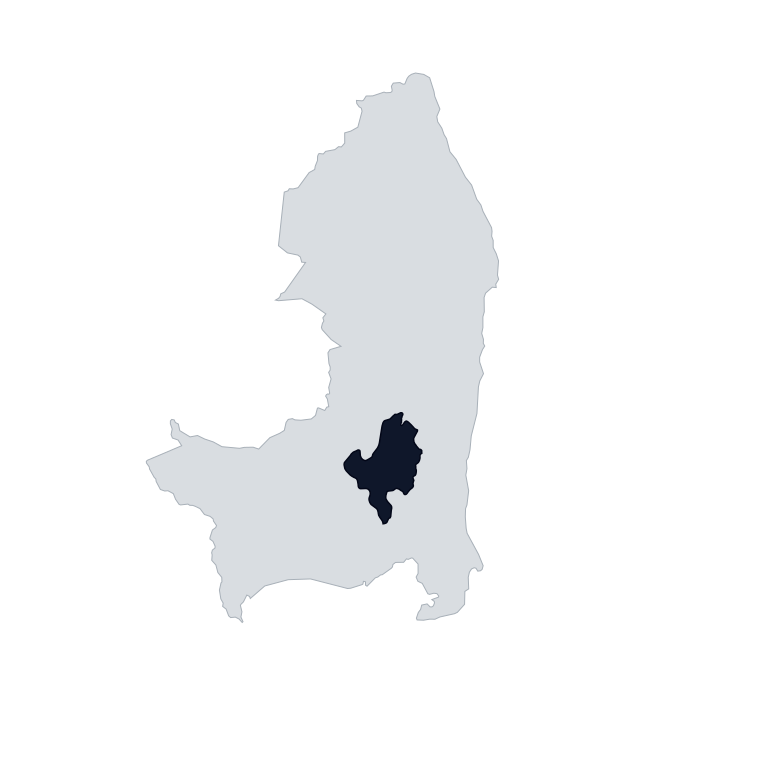 location of San Martín within Peru, rotated 214°
{"feature_id": "PER-582", "entity_name": "San Martín", "entity_type": "Department", "adm_level": 1, "iso_a3": "PER", "parent_name": "Peru", "parent_adm1": "", "projection": "orthographic", "projection_center": [-76.762, -7.06], "detail": "fine", "context": "in_parent", "style": "filled", "palette": "ink", "viewbox_px": 768, "rotation_deg": 214, "n_neighbors": 0, "source": "natural_earth", "source_scale": "10m", "svg_char_len": 7253}
<svg xmlns="http://www.w3.org/2000/svg" viewBox="0 0 768 768"><g transform="rotate(214 384 384)"><path d="M540.4,233.9L540.2,235.9L537.8,236.9L535.5,235.4L532.1,235.8L527.2,231.1L515.2,231.7L509.8,237.0L501.9,238.1L493.2,240.5L483.3,241.4L467.8,249.9L464.3,253.4L457.2,258.4L451.5,260.0L448.6,275.7L442.9,284.8L440.7,289.8L443.7,297.4L443.6,301.1L440.5,304.1L437.9,304.4L432.6,307.5L424.7,314.4L423.2,319.7L425.7,326.8L424.9,327.6L418.3,328.9L418.5,332.8L417.1,334.3L422.6,339.9L425.6,341.3L425.8,342.7L425.3,344.1L424.0,344.7L423.9,346.0L427.9,350.2L430.7,358.6L436.4,362.7L436.4,365.4L438.1,368.0L441.0,370.1L447.9,378.5L448.0,382.4L440.7,391.2L452.6,391.3L465.6,394.5L467.5,395.9L469.0,400.0L469.1,402.6L471.7,404.7L471.4,409.6L488.6,409.9L499.7,408.8L518.0,394.1L520.9,392.9L519.3,396.1L519.1,398.5L520.0,401.0L517.8,404.7L517.0,440.9L520.3,439.0L524.4,442.5L527.5,442.7L537.4,438.7L548.8,439.6L574.0,487.3L571.6,490.5L571.7,492.9L568.4,494.9L565.0,498.7L564.3,517.4L561.4,523.1L562.8,526.1L564.1,532.0L566.4,535.7L566.9,538.0L566.6,538.8L562.9,540.8L562.5,544.2L555.8,550.8L554.4,555.3L551.9,556.7L551.3,561.8L557.0,570.2L553.0,575.0L549.3,582.3L554.7,597.8L557.0,600.0L559.6,599.9L563.4,601.3L565.4,603.7L560.5,606.5L559.7,607.7L559.8,612.8L554.5,616.5L547.2,626.0L545.3,626.5L541.6,629.3L541.0,630.8L541.5,632.1L544.4,635.0L544.6,638.6L539.4,642.8L535.8,643.2L534.5,644.4L535.7,650.3L535.6,653.0L534.4,656.1L531.8,659.4L524.2,662.9L517.4,663.4L506.2,654.5L502.7,650.8L491.4,643.2L489.8,635.3L486.1,631.4L479.1,628.4L473.6,624.3L469.4,622.4L459.2,613.4L449.7,610.5L432.2,601.0L422.6,597.9L410.4,589.0L403.8,586.6L398.5,582.5L382.3,573.8L379.8,571.0L377.4,566.7L373.8,564.1L369.8,558.2L363.7,554.7L357.9,550.1L350.8,537.7L347.5,534.9L347.2,529.3L344.9,526.7L348.4,524.8L350.6,516.1L349.4,511.7L341.2,499.9L339.6,495.0L333.5,486.0L331.3,480.6L326.5,476.6L324.4,473.2L321.7,471.8L321.6,467.6L319.7,459.7L317.0,455.7L307.3,448.2L306.3,440.1L304.1,434.4L290.5,411.6L282.6,389.7L275.9,377.5L273.1,370.4L272.9,366.6L267.9,360.2L265.2,354.2L254.1,342.8L247.6,330.1L246.7,326.3L242.3,319.3L235.2,310.3L231.6,306.7L210.3,295.6L200.2,288.8L199.0,285.3L199.5,283.2L201.6,281.3L204.7,282.7L206.5,282.1L208.0,279.6L208.0,275.8L206.1,270.9L199.2,261.5L201.0,257.3L194.0,246.4L195.5,235.7L197.1,233.0L207.4,222.1L210.2,217.5L214.6,214.6L219.1,210.3L224.6,206.9L226.2,208.0L227.8,213.8L227.6,217.6L229.1,221.8L225.3,225.8L221.2,225.0L219.6,226.0L219.0,227.8L219.7,230.7L220.8,231.9L223.8,232.0L219.7,237.7L220.0,238.8L222.9,239.8L225.7,238.4L228.6,235.1L230.3,234.6L240.8,240.1L245.6,239.4L249.4,241.9L249.8,246.0L255.1,253.8L262.8,255.7L264.1,255.0L265.9,252.1L267.6,251.6L268.0,247.2L274.7,242.5L275.7,239.3L274.7,237.1L274.9,235.3L278.8,224.9L280.1,223.8L281.2,220.5L282.8,218.5L285.0,206.9L286.9,206.9L288.7,209.7L290.7,208.9L289.6,206.3L290.0,205.4L297.4,196.1L299.8,194.1L335.9,181.3L354.0,168.2L369.9,149.9L374.9,131.4L376.7,132.7L379.7,132.3L378.7,124.8L379.4,121.3L379.3,120.2L374.4,115.7L372.3,110.8L368.0,108.1L368.2,107.0L372.8,108.1L376.9,107.6L380.5,104.6L383.1,104.9L389.0,109.1L393.4,109.4L394.8,112.4L399.1,114.6L405.2,121.1L407.9,128.0L407.7,129.3L410.4,133.0L416.3,134.8L422.1,139.9L428.2,141.5L430.9,146.2L432.5,147.7L433.4,150.3L432.4,153.5L433.3,155.1L437.8,157.9L441.6,158.1L442.4,159.4L444.6,167.0L443.2,170.9L443.7,173.0L448.7,175.0L450.2,176.6L454.2,177.0L459.9,175.4L466.9,177.8L472.3,177.0L474.7,176.4L477.3,174.8L479.4,174.8L485.0,170.0L486.5,169.6L492.4,171.9L497.3,175.3L503.4,174.7L505.9,172.7L510.4,171.5L518.4,175.8L520.1,177.7L522.3,178.1L530.8,182.4L532.3,184.0L536.8,185.7L537.8,187.0L537.5,188.5L517.2,219.7L523.4,222.4L529.2,220.9L532.2,223.0L534.4,228.2L538.9,231.6L540.4,233.9Z" fill="#d9dde1" stroke="#a8b0b8" stroke-width="1"/><path d="M306.6,267.6L307.3,268.4L308.6,269.4L309.4,269.8L313.0,271.2L315.0,272.2L316.1,273.3L316.4,273.6L317.1,274.4L318.7,275.8L319.9,276.4L320.8,276.6L327.1,276.9L328.2,277.2L328.9,277.6L329.7,278.0L331.2,279.2L332.1,280.2L332.6,281.2L333.5,284.3L334.3,285.7L335.2,286.7L336.1,287.3L336.7,287.6L337.5,287.8L338.2,287.9L338.7,287.9L339.6,287.7L340.5,287.3L344.9,284.1L345.8,283.8L346.4,283.9L347.0,284.0L347.5,284.3L347.9,284.6L348.6,285.4L349.4,286.4L351.8,288.9L352.3,289.3L352.9,289.7L354.0,290.1L354.7,290.1L355.3,290.1L356.5,289.8L359.3,289.6L361.3,289.7L365.0,290.5L366.7,290.9L368.6,291.7L369.5,292.3L371.6,294.4L371.9,294.7L372.5,295.8L372.7,296.2L372.8,296.6L372.8,297.0L372.8,297.4L371.9,306.2L372.0,307.3L372.0,307.6L371.4,310.1L371.2,310.5L371.0,310.9L369.5,313.2L368.9,314.4L368.6,314.8L368.3,315.0L367.9,315.2L367.4,315.3L367.0,315.3L366.6,315.1L366.2,314.7L363.6,311.4L362.8,310.8L361.9,310.2L361.3,309.9L360.1,309.6L359.4,309.5L358.6,309.5L357.9,309.6L357.3,309.8L356.9,309.9L356.2,310.4L355.3,311.9L353.7,315.2L353.2,316.8L353.2,317.1L353.2,317.3L353.5,318.2L353.7,318.6L353.9,319.3L354.0,320.4L353.6,327.1L353.8,328.8L354.1,330.4L354.8,332.4L362.1,348.1L363.1,351.2L363.2,352.2L363.2,353.0L363.1,353.5L362.9,353.9L362.6,354.4L359.7,357.9L359.5,358.3L359.3,358.9L359.0,360.4L358.7,362.1L357.9,365.0L356.4,365.9L356.1,366.2L355.7,366.8L354.7,368.5L354.4,369.0L354.1,369.5L353.2,370.1L352.4,370.1L352.1,370.0L351.6,369.6L351.4,369.3L351.2,369.0L351.1,367.8L350.6,366.4L350.5,366.1L350.4,365.8L350.3,365.2L350.1,364.9L349.9,364.6L349.5,364.3L349.3,364.0L349.1,363.7L349.0,363.1L348.9,363.0L348.9,362.9L348.2,362.3L348.1,362.0L348.0,361.7L348.0,361.1L347.9,360.7L347.8,360.4L347.3,359.5L347.0,359.3L346.6,359.3L346.1,359.5L345.8,359.8L345.7,360.2L345.6,360.9L345.6,363.1L345.5,364.5L345.2,365.1L345.0,365.5L344.7,365.8L343.8,366.0L342.6,366.0L338.4,365.3L337.7,365.1L335.1,364.5L334.1,364.2L333.1,364.1L330.6,364.6L330.1,364.0L330.0,363.8L329.9,363.3L329.2,356.4L329.0,355.7L328.9,355.2L326.9,352.8L326.7,352.7L325.4,351.9L324.8,351.6L323.4,351.2L322.4,350.7L319.2,349.8L318.7,349.7L318.1,349.7L317.5,350.0L317.1,350.2L316.5,350.2L315.7,350.0L315.3,349.7L315.1,349.4L315.0,349.1L314.8,348.8L314.3,348.2L314.1,348.0L313.9,347.7L314.1,347.3L314.3,346.9L314.4,346.7L314.4,346.4L314.4,345.5L314.3,345.0L314.1,344.6L312.8,342.8L312.3,341.6L312.1,341.0L311.9,340.4L311.7,339.1L311.7,338.1L311.9,337.3L312.5,335.6L312.6,335.2L312.5,334.6L312.2,334.1L311.4,333.2L310.6,331.9L310.3,331.6L309.5,331.0L308.9,330.4L308.2,329.3L307.3,327.4L307.1,326.4L307.1,325.7L307.9,324.0L307.9,323.6L307.9,323.0L307.7,322.6L307.4,322.2L305.8,321.1L305.4,320.8L304.7,318.5L304.3,317.7L304.0,317.3L303.6,316.9L303.1,316.5L302.9,316.2L302.6,315.8L302.5,315.3L302.4,314.6L302.5,313.7L303.4,311.0L303.7,308.0L303.7,306.3L303.9,305.2L304.1,304.8L304.4,304.4L305.2,303.9L305.8,304.0L306.6,304.4L307.5,305.0L307.9,305.2L308.4,305.3L309.0,305.3L310.6,305.2L311.2,305.2L312.1,305.3L312.6,305.3L314.6,304.8L315.2,304.5L315.7,304.0L316.1,303.2L316.3,302.6L316.6,301.7L316.8,301.2L317.1,300.7L317.7,300.1L320.4,297.8L321.2,296.8L321.2,295.8L320.4,293.5L320.2,292.9L319.8,292.1L319.1,290.9L318.4,290.1L317.9,289.7L316.9,289.2L315.3,288.5L311.4,287.5L310.2,287.2L309.3,286.7L308.8,286.2L308.1,285.2L307.3,283.3L304.4,278.0L304.1,276.6L304.6,275.8L304.8,275.3L304.9,274.7L304.8,274.1L304.3,271.2L304.3,270.8L304.4,270.4L304.6,269.8L305.5,268.6L306.6,267.6Z" fill="#0f172a" stroke="#020617" stroke-width="1.5"/></g></svg>